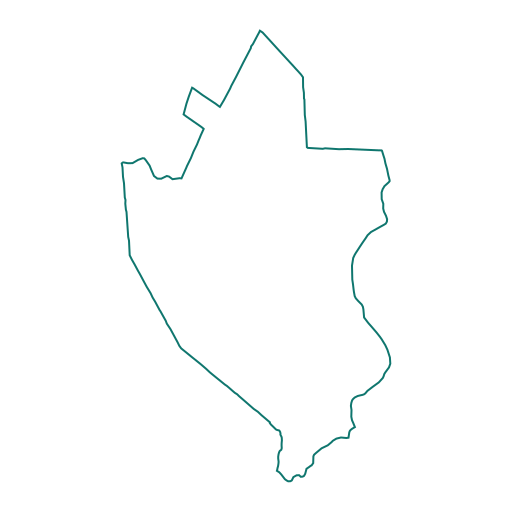 Cubulco, Baja Verapaz, Guatemala (Robinson projection)
{"feature_id": "79465075B69115234632813", "entity_name": "Cubulco", "entity_type": "district", "adm_level": 2, "iso_a3": "GTM", "parent_name": "Guatemala", "parent_adm1": "Baja Verapaz", "projection": "robinson", "projection_center": [-90.661, 15.156], "detail": "fine", "context": "isolated", "style": "outline", "palette": "teal", "viewbox_px": 512, "rotation_deg": 0, "n_neighbors": 0, "source": "geoboundaries", "source_scale": "gbopen_adm2", "svg_char_len": 3664}
<svg xmlns="http://www.w3.org/2000/svg" viewBox="0 0 512 512"><path d="M129.7,255.3L131.9,259.7L134.8,264.8L137.9,270.6L139.9,274.1L143.9,281.6L146.7,286.8L150.6,293.2L152.6,297.5L155.2,301.8L159.8,310.4L160.3,311.0L161.4,313.0L165.8,320.9L166.8,323.6L170.4,329.0L177.6,342.3L179.3,345.8L181.2,348.4L192.4,357.5L201.1,364.5L206.2,368.9L209.7,372.2L212.1,374.2L224.9,384.6L227.0,386.0L231.7,390.1L232.6,390.9L234.8,392.8L237.2,394.3L239.0,396.1L243.4,399.9L253.7,408.9L257.9,411.8L261.4,415.1L268.1,420.8L269.9,422.3L269.8,423.0L270.9,424.5L273.4,426.9L275.4,428.9L275.9,429.4L276.6,429.8L277.6,430.1L279.0,430.4L279.4,430.7L279.9,431.6L280.2,432.1L280.5,433.6L280.4,434.5L280.8,435.5L281.4,436.5L281.6,437.2L281.8,438.0L281.8,438.9L281.9,440.3L281.7,442.4L281.6,443.9L281.6,444.5L281.6,445.3L281.6,446.2L281.7,447.0L281.7,447.5L281.7,448.1L281.6,448.7L281.3,449.7L280.8,450.2L280.0,450.7L279.5,451.4L279.1,452.4L278.8,453.3L278.5,454.6L278.4,455.3L278.2,456.6L278.2,457.7L278.2,458.5L278.3,459.3L278.5,460.9L278.6,461.8L278.5,463.0L278.4,464.0L278.3,464.5L278.2,465.3L278.0,466.4L277.7,467.4L277.5,468.1L277.3,469.3L276.9,470.8L279.3,472.3L281.3,474.5L284.9,479.2L286.7,480.5L288.2,481.3L290.5,481.2L291.8,480.4L293.4,477.1L296.6,475.3L299.1,475.2L300.8,476.8L302.7,476.6L304.0,475.9L305.2,473.8L306.5,468.8L309.7,466.6L310.6,465.8L311.5,465.5L313.2,463.1L313.4,456.3L314.1,454.7L316.1,452.9L321.6,448.3L327.8,445.3L331.6,442.1L332.8,440.8L336.4,438.6L341.0,437.5L346.3,438.0L348.5,437.7L349.3,432.3L349.8,431.0L350.4,430.2L351.4,429.3L352.7,428.4L354.9,427.1L353.2,422.9L352.0,420.2L351.3,416.7L351.5,410.0L350.9,405.9L351.3,403.0L352.1,400.4L353.0,399.1L354.7,397.5L357.7,396.0L360.5,395.3L362.4,394.9L363.9,394.4L365.3,393.4L367.4,390.9L372.2,387.2L378.8,382.4L382.8,378.0L383.6,376.3L384.3,374.0L385.3,372.4L387.0,370.1L389.0,367.4L390.3,363.7L389.9,357.4L387.4,349.7L385.3,345.2L381.7,339.3L380.0,336.9L376.7,332.7L371.3,326.4L368.8,323.6L367.9,322.5L364.1,317.5L363.4,309.4L362.9,306.8L361.7,304.5L358.2,301.0L355.8,298.3L354.7,296.1L353.9,291.7L353.5,288.7L353.0,284.3L352.3,279.6L352.0,265.6L353.2,258.0L354.7,254.8L355.9,252.8L358.0,249.6L360.0,246.5L362.6,242.6L364.2,240.3L365.6,238.3L367.6,235.2L371.0,232.0L381.0,226.4L383.2,225.2L384.4,224.5L385.2,224.0L385.8,223.6L386.9,221.6L387.1,219.2L386.0,215.8L385.1,214.0L384.0,211.8L383.2,208.5L383.3,203.8L381.7,199.2L381.6,192.4L382.7,189.1L383.8,187.3L384.4,186.2L388.7,182.3L389.6,181.2L389.6,180.2L388.4,175.7L387.0,168.8L385.4,163.3L384.5,158.8L383.5,155.7L382.0,150.8L381.6,150.4L377.9,150.3L348.1,149.0L338.9,149.2L325.1,148.3L322.8,148.8L307.8,147.9L306.9,147.2L305.6,121.5L304.8,115.0L304.4,99.4L304.0,98.6L303.9,92.8L303.1,87.2L303.0,77.3L301.0,74.5L297.4,70.5L295.7,68.7L293.3,66.0L280.4,52.0L262.6,32.5L259.9,30.7L259.5,31.5L259.3,32.1L257.5,35.4L252.9,44.1L251.1,46.4L250.8,48.2L243.2,62.7L241.4,66.3L236.0,77.0L231.3,85.8L230.1,88.6L224.0,100.0L219.9,106.9L219.0,106.3L215.7,103.8L202.3,94.9L193.4,88.4L192.1,87.7L188.9,96.3L186.5,103.5L184.4,111.4L183.9,113.3L183.6,114.4L186.5,116.6L201.3,126.9L203.3,128.5L203.7,128.9L200.8,135.2L199.6,138.2L198.7,140.2L197.0,144.5L193.5,151.6L190.9,158.1L186.9,166.2L186.4,167.5L181.5,178.4L179.6,178.2L172.5,179.2L169.1,176.6L166.8,176.0L161.2,178.7L157.4,178.6L154.0,176.0L151.2,169.6L149.6,165.6L145.9,160.3L144.3,158.4L142.7,158.2L138.1,159.9L132.6,163.1L130.2,163.2L128.3,163.2L127.1,163.1L126.2,162.9L125.6,162.8L124.0,162.5L123.4,162.4L122.8,162.5L121.7,163.4L122.5,167.4L123.0,176.8L124.0,183.3L124.8,197.5L125.5,200.0L125.3,203.7L125.9,209.7L126.5,211.9L128.2,236.9L129.0,240.6L129.7,255.3Z" fill="none" stroke="#0f766e" stroke-width="2"/></svg>